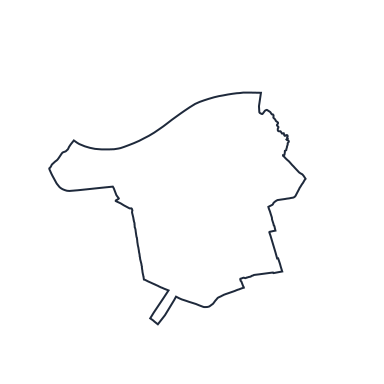 Rat Burana, Bangkok Metropolis, Thailand (Robinson projection), rotated 315°
{"feature_id": "78962969B18943250736788", "entity_name": "Rat Burana", "entity_type": "district", "adm_level": 2, "iso_a3": "THA", "parent_name": "Thailand", "parent_adm1": "Bangkok Metropolis", "projection": "robinson", "projection_center": [100.505, 13.674], "detail": "fine", "context": "isolated", "style": "outline", "palette": "slate", "viewbox_px": 384, "rotation_deg": 315, "n_neighbors": 0, "source": "geoboundaries", "source_scale": "gbopen_adm2", "svg_char_len": 5772}
<svg xmlns="http://www.w3.org/2000/svg" viewBox="0 0 384 384"><g transform="rotate(315 192 192)"><path d="M144.9,72.0L139.8,72.6L136.8,73.2L135.0,73.9L134.0,74.1L133.7,74.0L132.9,74.0L132.0,74.0L131.3,73.9L129.0,72.8L128.3,72.6L128.1,72.6L127.0,72.7L121.9,73.7L120.7,73.9L119.7,74.0L118.8,74.0L116.9,73.7L112.3,73.5L111.7,73.7L110.9,74.0L110.6,74.1L109.3,74.4L108.7,74.4L108.2,74.5L107.8,74.4L107.2,75.2L105.6,79.4L104.8,81.8L102.3,90.3L101.9,93.9L101.8,95.0L102.0,96.6L102.3,97.9L102.7,99.1L103.5,100.9L104.4,102.6L105.2,103.6L106.2,104.7L112.7,110.2L120.6,116.6L130.0,124.2L134.3,127.7L139.8,132.2L139.3,134.1L136.3,140.8L135.8,144.0L135.8,144.5L135.7,144.8L135.4,144.9L134.7,144.8L132.2,144.1L131.8,144.3L131.7,144.4L131.7,144.6L133.5,149.5L134.4,153.3L135.9,158.2L136.1,158.9L136.4,159.6L136.7,160.0L137.2,160.3L137.6,160.8L137.6,161.2L137.5,161.6L136.8,162.9L136.3,163.1L135.1,164.1L132.3,168.7L131.6,169.6L131.5,169.9L131.0,170.4L130.9,170.8L130.6,171.1L130.2,171.7L129.4,173.2L129.3,173.4L128.8,173.9L128.6,174.0L128.5,174.3L128.1,174.7L127.2,175.8L126.7,176.2L126.2,177.4L125.4,178.7L123.9,180.6L122.8,182.1L122.4,182.6L120.9,184.7L120.8,185.2L119.1,187.4L117.9,188.8L117.2,189.8L116.0,191.4L114.5,193.8L114.3,194.0L112.9,196.0L112.6,196.3L112.2,196.9L111.7,197.5L111.4,198.1L111.0,198.7L110.3,199.6L109.7,200.4L109.5,200.5L109.2,201.1L108.8,201.7L107.9,202.8L105.8,206.3L105.4,207.0L105.1,207.4L104.4,208.3L103.9,209.3L103.3,209.8L102.0,211.5L101.4,212.4L100.4,213.6L99.2,215.4L98.6,216.4L98.1,217.0L97.9,217.6L97.5,218.0L96.1,219.9L96.7,221.0L97.7,224.1L101.2,233.4L101.6,234.4L101.7,234.9L102.8,238.0L103.0,238.3L103.1,238.5L103.8,240.4L105.8,245.0L99.5,246.3L96.1,247.0L79.8,250.2L73.1,251.8L73.7,255.1L73.8,257.0L74.3,261.4L85.8,260.0L103.4,255.7L105.3,255.1L106.7,254.7L107.8,258.1L108.8,260.7L111.0,265.0L112.1,267.3L115.6,274.0L116.8,276.9L118.6,280.9L119.1,281.8L120.7,283.4L121.4,284.0L121.9,284.4L123.0,285.0L123.4,285.2L127.9,285.9L132.0,285.3L132.8,285.3L134.9,285.1L135.4,285.1L135.9,285.2L136.5,285.4L137.6,285.8L138.6,286.2L139.7,286.5L140.8,286.9L141.6,287.1L143.8,288.1L145.6,289.0L151.6,291.9L152.7,292.4L154.0,292.9L155.5,293.6L156.4,294.1L159.1,295.3L161.0,296.3L161.5,295.3L161.5,294.9L163.6,290.2L163.6,289.5L163.6,289.2L164.5,287.7L165.0,287.6L165.5,288.0L166.2,288.3L166.8,288.5L167.3,288.8L167.6,288.9L167.9,289.1L168.2,289.5L168.5,290.2L168.6,290.4L168.9,290.7L169.2,290.9L169.6,291.0L170.0,291.1L170.3,291.3L170.5,291.5L171.8,292.1L173.6,293.3L173.9,293.4L174.7,293.4L174.9,293.5L175.8,294.1L176.1,294.2L176.5,294.2L176.9,294.4L177.3,294.6L181.4,297.8L190.8,305.0L191.7,305.7L192.3,306.2L192.4,306.4L192.2,306.8L192.3,307.0L196.7,310.0L199.6,312.0L201.8,307.8L203.4,305.0L205.6,300.6L206.0,299.8L205.2,299.2L208.4,293.6L212.6,285.8L216.5,278.6L218.1,275.3L218.3,275.1L218.6,275.0L221.9,277.1L223.7,278.3L225.1,276.0L225.5,275.4L226.0,274.6L226.3,273.9L226.2,273.5L226.3,273.4L227.3,271.7L228.3,269.7L229.3,267.8L229.8,267.3L230.3,266.7L231.1,265.2L231.9,263.6L233.4,260.8L234.4,258.5L235.0,257.3L235.5,256.5L236.8,256.9L239.5,257.8L240.0,257.9L240.4,257.9L241.5,257.5L242.0,257.4L243.1,257.4L244.0,257.5L245.6,257.8L246.8,258.2L252.8,262.7L254.4,263.8L256.2,265.2L257.9,266.3L259.4,267.4L260.0,267.7L260.6,267.9L261.3,268.0L261.8,268.0L262.7,267.9L264.2,267.4L265.5,267.0L270.3,265.5L271.0,265.2L272.2,265.0L275.1,264.3L277.1,264.0L279.9,263.2L281.6,263.0L281.8,262.1L282.3,259.8L282.4,258.8L282.5,257.5L281.9,255.5L281.7,254.4L281.6,254.0L281.6,253.5L281.8,247.5L281.9,245.7L281.9,243.7L282.1,240.9L282.2,239.1L282.2,238.4L282.1,237.5L282.0,235.5L282.0,234.1L282.1,232.1L282.0,231.1L282.0,230.9L282.0,230.7L282.3,230.5L282.4,230.4L282.5,230.5L282.8,230.8L283.1,231.0L283.5,231.1L283.8,231.0L284.4,230.5L285.6,229.7L286.6,228.7L286.8,228.6L288.0,229.0L288.3,229.0L289.5,228.1L290.5,227.7L291.0,227.2L292.8,226.3L293.1,226.2L294.0,225.3L294.1,225.2L294.5,225.1L295.6,225.0L295.9,224.9L296.2,224.7L296.3,224.5L296.4,224.3L296.5,223.9L296.4,223.5L295.9,222.2L295.9,221.7L296.0,221.7L296.3,221.6L296.9,222.0L297.1,222.1L297.3,222.1L297.5,222.0L297.6,221.8L297.6,221.1L297.7,220.9L297.8,220.7L298.1,220.5L298.8,220.4L299.1,220.2L299.3,219.9L299.5,219.5L299.5,219.2L299.1,218.6L298.9,218.5L298.8,218.4L297.6,218.1L297.3,217.8L297.3,217.6L297.3,217.3L297.5,216.9L298.0,216.0L298.3,215.6L298.4,215.4L298.2,215.1L297.1,214.5L297.0,214.4L297.0,214.1L297.5,212.0L297.5,211.7L297.4,211.5L297.0,211.2L296.2,210.2L296.1,209.7L296.2,209.4L296.4,208.9L296.6,208.7L297.1,208.2L297.5,207.9L298.1,207.6L298.5,207.6L298.7,207.4L299.0,207.2L299.2,206.7L299.1,205.5L299.2,205.1L299.3,204.8L299.6,204.6L301.0,204.4L301.3,204.3L301.5,204.1L301.8,203.8L301.8,203.6L301.9,203.3L301.6,201.3L301.6,200.9L301.7,200.7L302.0,199.8L302.1,199.4L302.1,198.9L302.1,197.8L302.1,197.1L302.2,196.9L302.4,196.7L303.2,196.1L303.7,195.6L303.9,195.4L303.9,195.1L304.0,194.3L303.9,194.2L303.6,193.9L303.4,193.6L303.4,193.3L303.4,193.2L303.5,192.4L303.8,191.3L303.8,191.0L303.8,190.7L303.8,190.4L303.1,187.2L303.0,186.9L302.8,186.7L302.3,186.5L301.8,186.3L301.0,186.1L300.4,186.2L297.7,186.6L297.1,186.6L296.8,186.5L296.7,186.3L296.5,186.1L296.3,185.6L295.9,184.2L295.9,183.9L295.9,183.7L296.0,183.3L296.2,183.0L300.0,178.7L310.9,170.6L308.4,168.0L305.7,165.2L302.2,161.6L298.6,158.0L295.5,155.6L293.6,153.9L290.1,151.2L286.4,148.5L282.0,145.5L278.9,143.3L274.7,140.7L269.6,137.9L265.3,135.7L261.1,133.7L256.4,131.9L250.4,130.5L244.3,129.3L239.3,128.4L234.4,127.6L228.8,126.7L223.3,126.0L218.2,125.3L212.6,124.3L207.3,123.3L201.3,121.8L195.7,120.0L190.9,118.5L185.3,116.3L180.5,114.2L175.9,112.1L172.5,110.4L170.5,109.1L167.2,106.7L162.7,102.5L157.8,97.5L153.9,92.9L151.0,88.5L148.5,83.9L146.2,78.4L145.6,76.0L144.9,72.0Z" fill="none" stroke="#1e293b" stroke-width="2"/></g></svg>